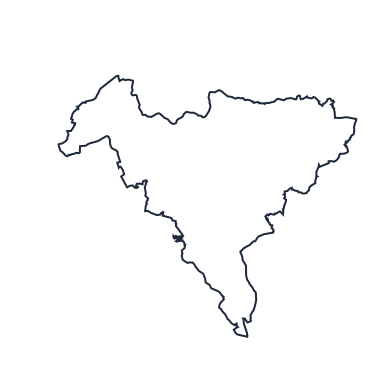 the district of Poiana Blenchii, Salaj, Romania, rotated 15°
{"feature_id": "2599482B10534367656456", "entity_name": "Poiana Blenchii", "entity_type": "district", "adm_level": 2, "iso_a3": "ROU", "parent_name": "Romania", "parent_adm1": "Salaj", "projection": "mercator", "projection_center": [23.787, 47.298], "detail": "fine", "context": "isolated", "style": "outline", "palette": "slate", "viewbox_px": 384, "rotation_deg": 15, "n_neighbors": 0, "source": "geoboundaries", "source_scale": "gbopen_adm2", "svg_char_len": 6002}
<svg xmlns="http://www.w3.org/2000/svg" viewBox="0 0 384 384"><g transform="rotate(15 192 192)"><path d="M281.7,314.1L276.3,306.0L274.8,301.9L274.0,301.1L275.6,300.5L279.3,303.6L281.5,302.2L282.3,301.2L281.3,299.6L281.5,298.6L280.4,296.1L281.2,292.5L282.2,290.0L281.9,289.0L282.3,287.6L282.1,281.1L281.8,279.2L279.8,273.0L279.3,272.3L277.3,271.1L275.6,269.1L270.9,265.4L270.3,264.3L267.9,262.4L265.8,258.4L263.2,249.1L258.9,245.0L256.7,240.5L254.4,237.9L254.3,237.3L254.6,236.9L254.3,236.5L255.4,235.2L256.3,233.3L259.5,229.9L261.1,228.7L264.2,223.7L265.9,223.1L267.0,219.3L267.8,217.8L272.2,214.3L280.9,210.2L280.6,209.7L280.6,208.8L281.0,208.4L280.8,208.0L280.0,207.1L278.1,206.2L278.4,204.7L278.1,203.4L276.9,203.8L276.2,203.2L275.6,203.3L274.9,202.0L273.3,201.1L272.7,199.4L271.6,197.9L271.2,198.0L271.1,198.5L271.6,198.6L272.9,200.7L272.0,199.7L271.1,199.3L269.8,197.1L269.7,196.4L268.9,197.4L269.3,196.3L270.5,194.3L272.0,194.8L272.4,194.4L272.5,193.3L272.8,192.9L277.1,192.7L277.6,191.2L278.5,191.3L281.9,187.9L285.4,189.9L285.1,189.2L285.1,188.6L285.5,188.4L285.1,187.7L285.2,186.7L284.2,185.1L284.9,184.5L284.5,180.9L284.9,180.2L285.1,175.9L284.7,175.1L282.6,174.2L283.3,172.9L282.5,171.2L281.4,170.7L282.4,170.0L281.8,169.0L281.4,167.5L283.9,166.3L285.3,163.7L287.2,162.1L288.0,163.8L288.7,163.4L291.0,164.0L293.9,163.7L294.4,163.9L294.8,164.7L297.2,164.2L299.1,164.8L300.6,164.5L303.0,163.3L303.4,161.6L304.5,160.2L304.2,158.2L304.6,156.4L306.0,154.4L308.8,151.6L308.3,150.1L308.1,145.3L309.1,144.5L307.9,144.1L306.9,140.1L307.7,135.8L307.5,132.9L308.9,134.6L316.7,128.6L316.0,126.9L319.0,126.0L321.4,126.0L323.1,124.3L324.2,122.3L324.9,119.8L324.8,118.5L325.1,116.8L328.8,115.7L330.5,114.7L332.2,112.9L332.1,112.0L330.8,109.7L327.9,107.5L328.5,107.4L327.3,106.7L327.8,106.0L327.5,104.5L328.3,104.5L327.9,103.1L329.5,103.0L330.0,101.4L331.1,100.0L330.5,99.0L331.4,97.7L331.3,96.4L332.8,94.9L333.2,93.7L332.8,90.6L331.6,86.8L331.6,83.4L332.0,80.9L331.8,79.0L321.6,79.8L316.7,81.9L310.9,83.4L309.4,78.6L307.8,75.5L307.8,74.5L306.7,74.4L305.4,73.0L305.2,72.5L305.9,72.5L305.6,71.8L303.7,71.4L304.7,70.4L305.9,68.1L304.8,67.1L303.2,67.9L302.0,66.4L300.8,66.1L299.0,67.3L298.8,67.9L299.0,68.9L298.6,69.8L297.1,72.2L295.8,73.0L295.7,75.0L291.8,73.7L291.1,72.3L291.5,71.6L290.5,71.3L286.5,68.9L284.7,68.8L284.0,70.2L283.1,70.7L279.0,70.9L278.4,69.9L275.2,73.3L273.3,74.2L272.6,73.6L271.4,71.3L270.6,71.0L269.3,72.0L268.8,72.9L268.8,75.1L268.4,75.7L263.1,75.7L259.3,77.2L256.9,79.6L250.8,79.7L249.6,81.0L248.2,83.3L243.4,86.0L241.1,86.6L239.9,87.4L239.6,88.1L238.4,87.6L237.1,88.4L235.2,88.3L233.9,89.0L233.3,88.2L232.3,88.0L228.6,89.9L227.6,89.5L227.6,88.9L226.6,89.1L225.3,88.5L222.2,88.4L219.2,89.5L216.9,88.1L214.4,89.0L212.1,89.0L209.6,90.6L206.1,89.9L201.6,90.3L194.0,86.9L191.7,86.6L188.2,89.8L184.2,90.5L183.6,90.9L183.2,91.7L183.6,96.7L185.2,98.9L185.9,101.5L187.4,103.7L187.7,104.7L187.5,109.4L185.7,115.2L184.2,116.7L183.1,117.1L181.0,116.0L178.3,116.6L176.6,115.6L172.7,115.0L170.7,115.7L166.1,116.0L165.3,116.6L164.1,118.5L163.6,121.1L162.6,122.7L159.7,125.3L158.9,126.7L158.7,129.4L157.2,130.8L156.1,131.2L153.2,130.4L149.6,127.9L146.5,127.6L140.3,124.5L138.3,125.1L133.3,130.0L129.3,130.6L127.1,129.5L125.2,130.2L124.1,130.1L122.5,127.7L119.4,124.9L118.8,123.4L119.0,121.5L114.8,115.7L114.0,113.7L113.2,112.9L112.4,112.8L109.6,114.0L108.8,113.7L107.9,112.5L107.8,111.8L108.3,109.1L106.8,106.3L106.6,100.9L106.1,99.8L101.2,99.9L98.6,101.3L96.7,100.8L94.8,101.9L93.4,103.6L91.4,100.6L90.8,98.8L90.4,98.8L89.1,99.5L76.8,115.9L74.6,126.2L72.5,128.7L65.9,132.1L66.2,132.7L66.0,133.5L63.2,133.8L60.4,138.5L58.9,139.3L60.6,140.4L60.8,141.2L60.5,141.7L59.9,141.4L58.9,142.1L58.1,144.0L57.4,144.7L56.5,146.9L56.3,149.7L56.5,150.5L56.1,151.9L56.2,152.6L58.2,153.1L58.0,155.9L61.4,155.8L61.5,156.7L61.4,157.6L61.0,157.7L60.8,159.8L59.3,164.4L55.7,165.4L57.8,168.3L57.5,171.4L57.9,172.8L56.9,175.5L54.0,178.7L51.1,180.1L50.8,180.5L51.2,181.5L54.2,186.2L57.1,187.3L60.1,189.3L62.0,189.9L62.8,189.1L63.3,187.9L64.5,188.1L66.2,186.4L67.6,186.0L70.1,184.1L72.6,183.9L73.4,182.8L72.0,176.7L77.6,174.7L79.1,172.7L80.0,171.9L88.0,167.1L94.7,160.3L96.1,160.0L97.1,160.2L99.2,162.9L100.4,166.7L101.4,168.4L103.0,170.2L105.4,171.1L107.3,171.1L109.8,172.5L110.1,172.9L110.0,174.0L114.9,181.5L112.2,183.0L115.0,187.5L115.4,186.5L116.1,186.1L116.9,186.3L119.3,188.5L121.9,192.4L119.6,195.3L128.1,204.3L130.0,202.4L132.2,201.2L133.2,201.1L135.9,202.7L137.9,202.2L138.6,201.2L138.3,200.8L136.8,201.2L136.3,201.0L136.5,198.4L139.6,197.4L142.3,197.3L141.9,196.0L142.1,194.1L144.1,192.7L145.1,192.6L145.9,193.7L144.9,194.8L145.4,196.4L145.2,199.7L147.8,205.3L147.8,207.6L151.3,209.6L150.9,210.8L151.3,211.7L150.6,212.9L150.6,214.2L150.9,214.8L151.5,215.0L150.9,217.2L151.7,222.6L154.2,221.7L157.9,222.8L163.9,223.4L167.3,222.0L167.5,221.6L167.4,220.8L169.0,218.8L169.5,218.9L169.9,222.5L178.2,222.4L179.6,223.1L180.4,224.5L183.8,224.3L184.5,226.8L185.0,226.8L185.2,228.9L193.8,235.7L194.7,236.8L191.4,238.1L189.9,239.4L190.1,239.9L189.8,240.3L188.6,239.7L189.1,238.9L187.8,238.5L187.3,238.8L187.5,240.2L186.5,240.4L185.5,239.5L185.6,240.0L186.6,241.3L187.2,241.5L188.3,240.9L190.3,240.7L194.8,238.3L193.8,239.7L190.4,241.9L190.1,243.0L189.3,243.7L189.9,243.9L195.5,241.2L196.3,242.3L197.2,242.5L198.1,243.8L198.3,244.9L199.1,244.7L199.3,248.2L197.4,251.0L197.4,251.7L198.8,254.1L198.5,256.1L200.6,259.9L205.9,261.7L207.3,260.8L210.9,260.0L213.0,261.3L215.0,263.4L219.2,266.5L223.2,267.7L224.7,268.8L225.4,270.1L227.1,272.2L228.3,275.4L229.1,276.0L232.9,277.1L235.5,280.0L243.2,281.1L244.9,281.9L248.0,284.4L249.7,285.0L249.5,286.3L250.1,286.6L250.5,287.7L248.5,291.0L247.8,293.6L247.9,296.0L248.6,297.1L250.4,297.5L252.1,299.4L255.5,301.4L259.4,305.6L261.5,306.5L264.4,308.7L267.6,309.6L268.1,308.6L268.5,308.6L269.2,307.6L269.5,308.1L269.4,309.4L271.3,310.7L269.9,311.7L268.0,314.3L270.9,317.1L273.0,317.9L282.8,317.5L282.8,316.5L282.0,315.4L281.7,314.1Z" fill="none" stroke="#1e293b" stroke-width="2"/></g></svg>